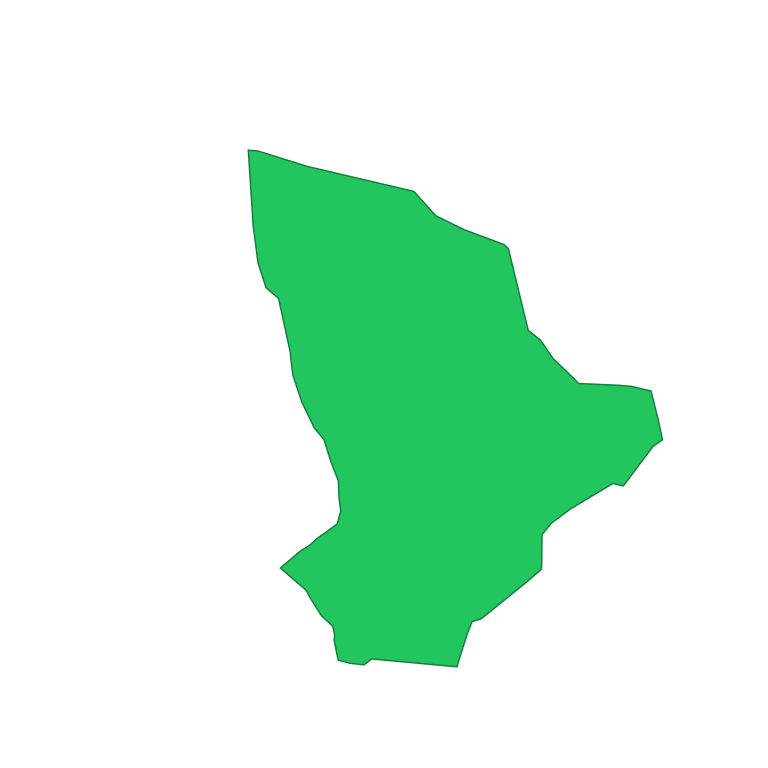 outline of Gokana, Rivers, Nigeria, rotated 142°
{"feature_id": "59680162B60219664923389", "entity_name": "Gokana", "entity_type": "district", "adm_level": 2, "iso_a3": "NGA", "parent_name": "Nigeria", "parent_adm1": "Rivers", "projection": "natural_earth1", "projection_center": [7.302, 4.635], "detail": "fine", "context": "isolated", "style": "filled", "palette": "green", "viewbox_px": 768, "rotation_deg": 142, "n_neighbors": 0, "source": "geoboundaries", "source_scale": "gbopen_adm2", "svg_char_len": 999}
<svg xmlns="http://www.w3.org/2000/svg" viewBox="0 0 768 768"><g transform="rotate(142 384 384)"><path d="M417.7,532.3L414.4,516.4L438.9,465.5L440.2,464.0L450.4,447.0L460.0,420.0L466.0,392.2L465.5,377.3L473.7,355.3L479.6,335.7L489.1,322.7L496.3,310.5L507.1,302.5L514.8,302.8L521.2,302.8L526.7,303.4L532.6,303.4L539.5,302.8L545.0,302.8L551.0,303.9L579.0,302.8L572.3,269.3L573.8,261.4L576.0,240.0L573.5,224.7L577.4,216.6L581.2,212.6L590.1,194.6L583.0,185.2L572.7,175.0L562.7,174.9L562.2,174.2L500.6,116.2L495.9,119.6L472.4,135.7L460.9,142.6L452.5,139.2L447.8,139.2L394.8,140.1L375.8,141.0L374.6,141.2L372.3,142.9L352.1,168.1L337.6,171.3L313.6,170.7L264.8,164.7L258.2,156.3L210.5,169.2L198.9,168.6L189.7,187.4L177.9,214.1L190.6,229.9L200.1,238.7L230.5,264.7L230.9,270.9L235.1,300.0L233.7,322.1L237.3,337.5L202.7,414.0L203.6,420.1L225.7,456.0L239.6,484.6L241.9,517.4L310.7,602.9L339.9,645.3L347.0,651.8L389.8,589.0L408.7,557.1L417.7,532.3Z" fill="#22c55e" stroke="#15803d" stroke-width="1.5"/></g></svg>